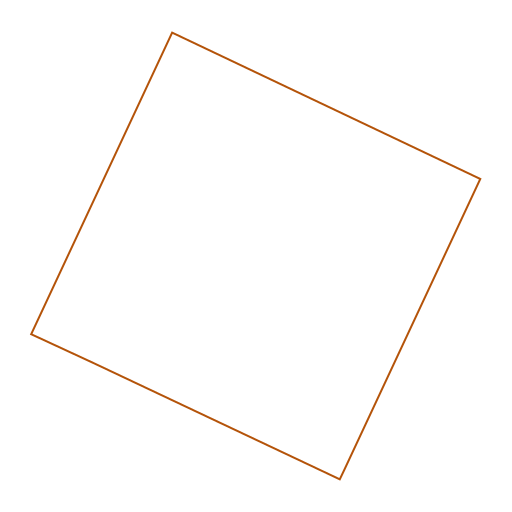 Osborne, Kansas, United States of America (Equal Earth projection), rotated 115°
{"feature_id": "52423323B57783119458523", "entity_name": "Osborne", "entity_type": "district", "adm_level": 2, "iso_a3": "USA", "parent_name": "United States of America", "parent_adm1": "Kansas", "projection": "equal_earth", "projection_center": [-98.768, 39.35], "detail": "fine", "context": "isolated", "style": "outline", "palette": "amber", "viewbox_px": 512, "rotation_deg": 115, "n_neighbors": 0, "source": "geoboundaries", "source_scale": "gbopen_adm2", "svg_char_len": 254}
<svg xmlns="http://www.w3.org/2000/svg" viewBox="0 0 512 512"><g transform="rotate(115 256 256)"><path d="M91.4,85.3L89.0,426.4L95.1,426.4L421.9,426.7L421.7,358.3L423.0,85.7L412.4,85.6L91.4,85.3Z" fill="none" stroke="#b45309" stroke-width="2"/></g></svg>